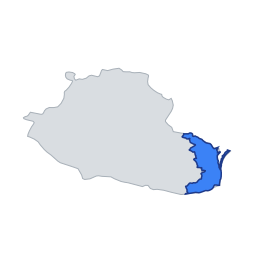 Klaipedos on a map of Lithuania (Robinson projection), rotated 189°
{"feature_id": "LTU-935", "entity_name": "Klaipedos", "entity_type": "County", "adm_level": 1, "iso_a3": "LTU", "parent_name": "Lithuania", "parent_adm1": "", "projection": "robinson", "projection_center": [21.636, 55.706], "detail": "fine", "context": "in_parent", "style": "filled", "palette": "blue", "viewbox_px": 256, "rotation_deg": 189, "n_neighbors": 0, "source": "natural_earth", "source_scale": "10m", "svg_char_len": 5186}
<svg xmlns="http://www.w3.org/2000/svg" viewBox="0 0 256 256"><g transform="rotate(189 128 128)"><path d="M90.0,164.0L88.5,161.8L86.9,157.7L87.0,154.5L87.9,151.2L92.2,141.7L92.0,140.2L88.8,137.5L84.9,135.5L82.7,131.5L74.8,131.3L67.3,131.5L65.0,131.3L57.9,129.6L51.0,126.9L46.5,125.4L42.6,123.6L40.6,121.7L37.3,122.2L35.1,122.2L35.1,121.9L33.8,118.6L35.2,113.6L32.8,106.3L29.0,97.4L28.7,88.0L28.4,85.8L38.0,80.5L50.0,74.8L52.7,74.3L63.8,70.9L65.2,70.6L75.2,71.3L83.0,72.1L89.6,72.0L93.2,71.1L96.5,71.8L99.2,74.4L101.9,74.1L104.5,72.4L119.3,73.9L122.6,73.9L126.4,74.1L133.3,75.7L137.3,77.1L146.1,76.2L149.8,76.2L151.8,75.6L157.7,71.8L160.3,71.1L162.7,70.4L164.9,71.0L166.4,74.3L171.0,80.0L175.9,80.9L189.4,83.1L192.1,84.3L199.9,89.3L204.5,91.7L207.4,93.7L211.9,97.5L214.6,100.3L218.9,102.4L224.0,103.8L225.8,104.0L225.8,106.1L225.0,109.5L223.5,113.9L221.8,117.4L221.5,118.7L222.8,119.8L229.5,120.3L232.3,120.9L232.9,121.8L231.5,123.0L229.4,124.0L228.5,125.0L226.9,128.3L215.8,127.9L214.4,128.6L213.7,130.1L213.2,131.9L211.9,134.0L209.0,135.9L204.4,136.6L200.7,137.9L197.9,141.9L196.0,147.3L196.1,151.1L196.5,153.2L196.2,154.4L194.9,155.7L192.6,159.2L190.8,163.1L190.1,165.2L190.5,166.2L192.7,166.2L195.8,167.0L197.4,168.5L198.1,170.3L198.1,172.3L197.6,173.3L195.1,174.1L191.3,174.1L189.0,173.2L188.5,172.5L189.5,170.6L188.7,168.3L187.1,167.0L183.9,168.9L180.7,168.9L177.0,170.7L174.6,173.4L172.3,174.4L165.9,173.9L164.3,175.1L163.1,180.7L162.4,181.8L157.1,181.5L152.0,183.8L146.2,185.6L143.3,184.3L141.6,182.9L138.4,183.2L135.0,183.8L132.7,183.4L130.1,183.6L125.1,184.7L118.8,184.3L116.1,183.4L115.8,182.5L116.0,180.3L115.9,176.9L114.9,173.9L111.8,171.3L108.7,169.4L104.6,167.5L101.6,166.7L100.0,166.5L99.6,165.4L99.0,164.4L97.6,163.6L94.6,162.5L92.1,162.2L90.0,164.0ZM25.1,121.6L23.1,121.2L27.2,116.0L28.7,112.6L29.8,107.8L30.8,106.3L30.8,108.5L30.4,112.1L27.8,118.3L25.1,121.6Z" fill="#d9dde1" stroke="#a8b0b8" stroke-width="1"/><path d="M28.7,85.7L30.0,85.5L32.1,85.5L33.6,85.2L34.1,84.3L34.4,83.1L35.0,81.6L35.9,80.6L37.1,79.7L38.4,78.9L39.5,78.5L41.1,78.4L41.7,78.3L44.0,77.0L46.6,75.6L47.9,75.1L51.1,75.0L52.9,74.4L61.0,71.7L60.9,72.1L60.4,72.4L59.2,72.9L58.9,73.1L58.8,73.4L58.9,73.7L59.1,74.0L59.3,74.1L59.7,74.4L59.9,74.8L59.9,75.7L60.0,76.2L60.1,76.6L60.5,76.9L60.7,77.2L61.7,78.9L61.9,79.3L61.8,79.5L61.5,79.6L61.1,79.7L60.8,79.8L60.6,80.0L60.4,80.4L60.1,80.7L60.0,80.9L59.5,81.7L58.7,83.0L58.4,83.2L58.0,83.4L56.3,83.4L55.8,83.4L55.5,83.6L55.2,84.0L54.9,84.1L54.5,84.2L53.1,84.3L52.7,84.4L51.1,85.6L50.8,86.5L49.6,88.2L49.2,88.6L48.9,88.8L48.1,88.9L47.6,89.2L47.5,89.5L47.6,90.0L47.7,90.3L47.5,92.1L47.6,92.5L47.7,92.9L47.8,93.2L48.5,93.9L48.6,94.2L48.7,94.5L48.1,95.0L48.0,95.3L47.8,95.4L45.9,96.5L45.4,96.9L45.2,97.2L45.1,97.4L45.1,97.6L45.1,97.9L46.6,98.0L47.0,98.0L47.4,97.8L48.1,97.4L48.3,97.4L48.3,97.7L48.3,98.0L48.7,98.7L49.0,98.9L49.2,99.1L49.2,99.3L49.1,99.5L48.9,99.7L48.8,99.9L49.0,100.2L49.3,100.3L49.7,100.2L50.1,100.1L51.8,100.1L52.6,99.9L53.2,99.9L53.5,100.0L53.5,100.4L53.5,100.7L53.4,100.9L53.4,101.1L53.2,101.4L53.3,101.7L54.0,102.5L54.1,102.8L54.2,103.0L54.3,103.6L54.5,103.9L54.8,104.2L54.9,104.4L55.0,104.7L56.1,105.8L58.0,107.0L58.1,107.4L58.0,107.6L57.8,107.9L57.6,108.1L55.7,108.7L55.8,109.1L56.3,109.4L56.4,109.7L56.7,111.2L56.9,111.5L57.4,111.9L57.5,112.3L58.3,114.5L58.7,114.8L59.0,114.8L59.7,114.4L60.0,114.3L60.3,114.4L61.1,114.9L62.5,115.4L63.7,115.6L63.9,115.7L64.0,115.9L64.0,116.2L63.4,116.5L63.2,117.7L62.9,118.1L62.4,118.5L61.8,118.9L59.2,121.1L58.8,121.7L58.9,122.0L59.3,122.2L60.5,122.3L63.9,123.4L64.2,123.6L64.4,123.9L64.8,124.9L65.4,125.8L65.5,126.1L65.4,126.3L65.2,127.0L65.4,127.3L65.7,127.3L66.1,127.1L66.8,126.7L67.0,126.6L68.0,126.4L68.3,126.5L68.7,126.6L69.3,127.1L69.7,127.2L70.1,127.2L70.9,127.1L71.2,127.2L71.5,127.3L71.8,127.3L72.1,127.3L72.4,127.3L73.0,127.6L73.1,128.1L72.9,128.3L72.6,128.7L72.5,129.1L72.1,129.8L72.0,130.0L72.0,131.0L71.4,131.0L67.5,131.7L67.0,132.1L66.6,132.5L66.0,132.8L65.1,132.9L64.2,132.7L63.4,132.2L63.1,131.4L63.1,130.7L62.9,130.2L62.5,130.0L61.6,130.0L60.6,130.5L60.3,130.6L60.0,130.5L59.1,130.1L57.8,129.9L57.2,129.6L55.9,128.8L53.5,128.4L52.8,128.0L52.2,127.4L49.7,126.0L48.3,125.5L44.6,125.4L43.3,124.6L41.1,121.9L40.0,121.1L39.1,121.2L36.2,122.9L36.3,122.7L36.1,121.7L36.1,121.3L36.3,121.2L36.6,121.2L36.8,121.2L37.1,120.8L37.0,120.4L36.7,119.9L36.4,119.4L36.2,119.2L35.9,119.0L35.8,118.5L35.8,117.5L35.5,117.5L33.4,118.9L33.2,118.5L33.2,118.4L33.3,118.4L34.7,116.1L35.0,115.8L35.5,115.3L35.5,114.2L35.1,112.4L34.7,111.0L34.6,110.7L34.1,110.3L33.8,109.9L33.7,109.5L33.7,108.9L33.8,108.5L33.8,108.2L33.7,107.7L32.3,105.2L32.1,104.4L32.0,103.5L31.7,103.1L30.3,101.2L29.9,101.0L29.6,100.8L29.4,100.5L29.2,99.4L28.9,98.5L28.4,94.7L28.4,92.7L28.4,92.2L28.8,91.6L28.9,91.2L28.9,87.3L28.7,85.7ZM26.3,121.8L24.0,121.4L26.6,118.1L28.2,115.4L29.6,111.7L30.0,107.9L30.3,107.1L30.1,106.9L30.3,106.5L29.9,105.6L30.1,102.8L29.8,101.5L30.9,102.6L31.4,104.6L31.5,108.5L31.4,109.1L31.1,109.8L31.0,110.4L31.0,112.1L30.6,112.8L30.0,113.6L29.8,114.3L30.5,114.9L30.5,115.2L30.0,115.6L29.3,116.5L28.7,117.5L28.5,118.4L28.0,119.3L26.3,121.0L26.3,121.8Z" fill="#3b82f6" stroke="#1e3a8a" stroke-width="1.5"/></g></svg>